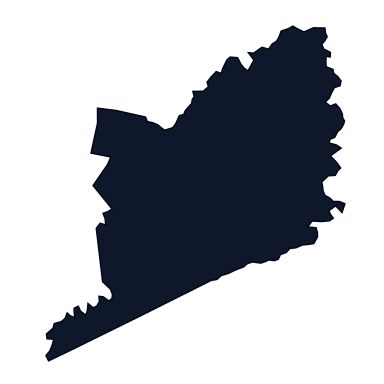 outline of Diamante D'Oeste, Paraná, Brazil, rotated 86°
{"feature_id": "56859067B14364856509720", "entity_name": "Diamante D'Oeste", "entity_type": "district", "adm_level": 2, "iso_a3": "BRA", "parent_name": "Brazil", "parent_adm1": "Paraná", "projection": "robinson", "projection_center": [-54.104, -24.969], "detail": "fine", "context": "isolated", "style": "filled", "palette": "ink", "viewbox_px": 384, "rotation_deg": 86, "n_neighbors": 0, "source": "geoboundaries", "source_scale": "gbopen_adm2", "svg_char_len": 2100}
<svg xmlns="http://www.w3.org/2000/svg" viewBox="0 0 384 384"><g transform="rotate(86 192 192)"><path d="M228.0,52.9L223.7,55.6L220.1,56.7L215.8,49.7L222.9,43.8L214.4,40.3L211.8,45.7L211.3,51.8L207.7,54.9L204.6,59.7L199.8,61.2L195.9,61.3L191.1,61.9L185.3,54.9L185.4,48.0L180.9,45.1L178.4,42.1L172.5,45.7L165.6,51.5L163.5,48.0L158.6,40.2L155.1,44.8L152.5,52.2L148.8,50.2L147.4,45.8L142.0,42.6L139.5,39.2L135.4,36.3L131.9,34.9L128.5,36.5L124.2,36.7L119.0,38.8L114.2,42.5L115.9,48.0L111.8,52.9L107.8,48.4L102.6,45.8L97.7,42.6L96.4,37.0L91.7,35.6L87.0,38.6L83.4,42.5L79.5,42.8L76.5,49.4L72.2,49.4L65.9,48.8L67.0,44.8L62.4,44.2L58.5,50.7L53.6,52.2L50.6,49.1L46.6,46.4L42.7,47.8L37.7,48.0L36.7,59.4L40.2,69.1L36.5,75.6L33.6,79.8L35.8,84.4L37.7,91.8L44.1,94.7L47.7,97.4L49.9,101.6L54.9,105.7L52.5,112.1L57.8,120.8L57.0,126.0L64.7,121.0L75.2,127.7L71.9,131.6L67.5,134.5L61.2,137.2L60.1,144.6L62.8,148.0L71.3,152.9L75.8,154.5L73.6,159.4L79.0,165.3L83.5,169.3L88.1,168.2L92.3,173.8L91.7,184.1L96.9,183.1L99.9,185.3L103.6,186.1L110.3,193.0L114.0,194.7L115.0,199.3L122.5,203.3L126.5,206.6L128.5,215.1L122.5,221.7L120.2,226.2L118.7,231.6L114.0,233.2L105.4,262.1L101.8,280.4L116.7,281.4L146.1,290.0L151.4,270.5L158.7,274.3L178.7,290.2L203.3,272.9L205.6,276.9L207.1,282.2L212.5,280.5L218.9,280.4L216.8,285.8L221.6,290.0L275.3,287.4L283.2,280.1L288.6,278.5L292.7,279.2L294.9,282.6L290.4,287.8L289.6,292.0L294.8,292.0L299.2,294.9L300.7,298.6L296.0,303.5L302.9,304.6L307.5,306.6L303.1,311.5L298.0,313.5L299.8,317.7L303.3,317.9L309.2,317.7L307.0,322.1L304.0,325.0L309.2,327.3L312.2,331.3L313.7,338.5L318.2,340.1L323.5,347.1L328.3,346.8L329.2,340.2L333.6,341.6L340.3,344.6L345.0,349.1L350.4,346.8L342.6,327.1L312.6,253.6L283.2,183.1L281.6,179.4L280.9,173.2L277.3,168.4L275.7,161.3L272.8,154.1L270.3,145.8L267.4,141.9L266.0,136.7L267.7,128.4L266.6,123.9L265.1,120.1L266.2,114.5L265.1,110.7L260.6,108.2L258.9,102.3L255.1,98.3L254.9,92.4L252.5,85.5L252.4,79.4L251.9,74.1L245.5,69.9L240.9,69.8L236.3,70.7L235.0,79.0L229.3,74.2L230.5,64.8L230.3,57.0L228.0,52.9Z" fill="#0f172a" stroke="#020617" stroke-width="1.5"/></g></svg>